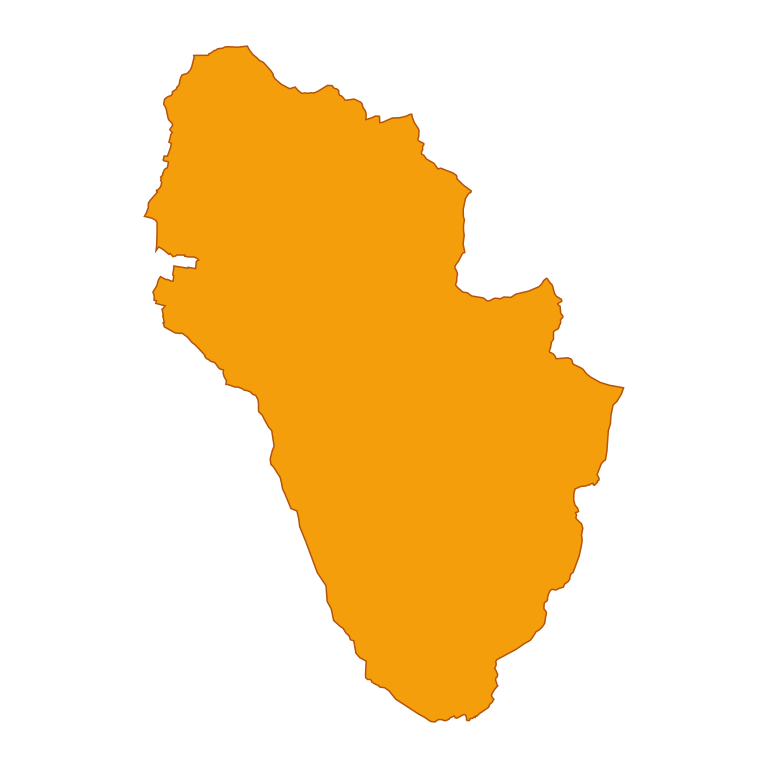 Calinesti, Maramures, Romania (Albers equal-area conic projection)
{"feature_id": "2599482B5531512518944", "entity_name": "Calinesti", "entity_type": "district", "adm_level": 2, "iso_a3": "ROU", "parent_name": "Romania", "parent_adm1": "Maramures", "projection": "albers", "projection_center": [24.007, 47.766], "detail": "fine", "context": "isolated", "style": "filled", "palette": "amber", "viewbox_px": 768, "rotation_deg": 0, "n_neighbors": 0, "source": "geoboundaries", "source_scale": "gbopen_adm2", "svg_char_len": 6070}
<svg xmlns="http://www.w3.org/2000/svg" viewBox="0 0 768 768"><path d="M623.6,387.8L609.1,385.2L599.9,382.3L590.8,377.2L586.5,373.8L583.1,369.4L580.9,367.9L573.6,364.4L572.7,363.4L572.0,360.3L570.9,358.9L567.9,357.8L556.1,358.7L555.0,356.0L553.9,354.6L552.9,353.7L549.7,352.2L549.3,351.2L550.5,348.0L551.4,342.3L553.5,339.1L553.5,331.8L555.4,330.1L557.7,329.2L558.8,327.8L559.2,325.7L560.3,323.7L560.7,322.2L560.5,319.6L562.8,317.4L562.9,316.1L560.7,313.1L560.1,306.3L557.7,304.3L557.7,303.7L558.2,303.3L561.7,301.4L561.5,299.4L556.3,296.3L554.7,293.8L553.4,289.5L552.8,286.5L551.7,284.2L550.6,283.5L547.1,278.5L546.4,278.3L543.6,280.6L541.7,284.0L539.0,286.7L528.6,291.1L515.9,294.1L511.0,297.4L503.9,297.0L500.5,298.7L495.3,298.2L493.7,298.5L490.4,300.4L488.3,301.0L486.9,300.7L484.1,298.4L482.7,297.8L471.8,296.0L467.3,292.8L462.7,292.0L457.9,287.8L455.9,285.6L455.6,284.0L456.6,281.8L456.8,277.0L457.5,274.5L457.2,272.4L454.9,267.8L454.9,266.6L455.9,264.6L458.7,260.9L462.5,253.3L464.8,252.5L463.1,243.8L464.2,235.3L463.6,231.2L463.5,227.2L463.6,224.7L464.4,219.9L463.4,216.6L463.2,209.6L465.5,198.4L468.7,193.4L470.7,192.6L471.3,191.0L463.1,184.9L458.1,180.0L456.9,178.6L456.7,176.1L456.3,175.3L453.0,173.0L440.9,168.2L437.9,168.9L433.8,163.2L426.4,159.0L423.9,155.4L421.7,154.1L421.5,153.5L421.7,151.1L422.4,150.5L422.7,149.6L422.5,146.4L423.6,145.3L423.9,144.0L423.7,143.4L419.6,141.4L418.1,140.1L417.7,139.2L418.7,136.9L419.0,130.6L418.5,129.0L414.3,122.5L412.4,117.6L411.7,114.2L409.8,114.4L406.6,116.0L403.2,117.0L398.7,117.8L392.3,118.0L382.5,122.3L379.7,122.7L379.5,116.5L378.9,116.2L375.3,116.1L371.5,117.9L365.8,119.6L366.2,114.9L365.8,112.1L364.9,110.1L362.9,107.3L362.1,103.9L360.7,102.2L354.2,99.1L345.3,100.3L342.0,96.3L339.3,95.0L338.7,92.3L338.7,90.6L337.0,89.0L334.3,88.4L332.1,85.6L327.5,85.4L318.9,90.7L315.5,92.4L312.5,93.1L310.9,92.7L308.3,93.3L304.7,92.9L302.0,93.5L297.8,90.2L295.1,87.0L291.0,88.4L289.2,88.5L281.3,84.3L275.0,78.8L273.2,75.8L273.2,74.3L271.0,70.9L263.4,62.4L259.2,60.3L256.7,57.6L252.8,54.5L249.4,50.0L247.3,46.1L237.7,47.2L227.3,46.7L225.0,47.0L222.7,48.2L217.9,48.7L215.0,50.7L214.3,50.4L211.4,52.7L208.8,53.9L208.7,54.8L207.6,55.3L193.7,55.4L194.2,57.0L191.7,66.9L190.3,69.9L187.9,72.8L185.9,74.0L184.7,74.0L181.9,75.1L180.8,77.4L179.8,80.6L179.2,84.3L178.4,85.8L176.9,87.2L176.1,89.4L172.4,91.7L172.3,94.1L170.8,95.7L168.2,96.5L165.2,98.5L164.4,99.9L163.7,104.3L165.1,106.5L166.2,109.1L168.0,117.8L168.6,119.6L172.1,123.4L172.5,124.8L172.5,125.6L169.7,129.6L172.3,132.5L170.7,134.7L170.4,136.9L168.9,142.1L171.4,143.4L170.3,148.3L167.4,156.2L164.2,156.0L163.9,156.4L163.7,158.5L163.1,159.9L163.6,160.7L168.4,161.8L167.6,166.7L167.0,168.1L165.6,168.5L164.4,169.6L162.7,173.6L162.5,175.3L160.6,177.1L161.3,178.2L160.7,180.2L161.6,182.2L161.3,184.5L160.4,187.1L158.0,189.8L156.5,190.2L156.6,191.5L157.5,192.0L150.7,199.7L148.6,202.6L148.3,204.1L148.3,207.6L146.3,213.0L144.4,216.4L151.7,218.1L155.3,220.0L157.1,222.4L157.0,234.9L156.6,245.9L156.0,250.7L158.8,246.9L163.5,249.8L169.0,254.4L170.1,253.4L173.0,256.7L175.7,256.0L176.9,255.0L184.7,255.1L184.8,256.3L188.5,256.9L194.1,257.0L197.0,258.3L198.7,260.0L197.0,260.8L196.3,261.8L195.6,268.6L188.1,267.3L188.0,268.2L173.8,266.0L173.9,267.7L172.7,275.0L173.8,276.0L173.4,278.2L173.2,281.0L171.2,281.1L167.7,279.5L165.7,279.5L160.5,276.6L158.5,279.7L156.7,285.9L152.9,292.1L154.2,296.0L154.1,300.3L156.5,300.6L155.8,303.4L165.1,305.8L163.1,308.6L162.0,309.2L163.4,315.5L162.8,315.8L164.3,322.7L163.1,322.8L164.4,326.9L175.1,332.9L180.2,333.5L181.8,333.0L187.6,337.2L191.8,342.3L195.3,345.0L199.7,349.6L204.8,355.2L205.0,355.6L204.7,356.2L206.6,358.7L208.2,359.3L210.8,361.3L214.8,362.6L219.2,368.5L220.7,369.3L223.4,369.8L223.2,373.4L224.1,376.6L226.4,380.7L225.9,384.4L228.0,384.6L234.8,387.0L238.0,387.1L241.8,388.5L244.4,390.2L247.0,390.6L250.3,391.9L252.9,394.4L255.7,395.4L258.0,399.7L258.5,403.8L258.5,409.7L258.8,411.8L262.3,415.2L264.6,419.9L268.8,427.4L271.7,430.5L274.1,446.1L272.2,451.0L270.6,457.1L270.2,459.3L270.9,464.4L273.4,466.8L280.2,477.5L281.6,483.4L282.6,489.0L285.1,494.2L291.0,508.6L296.9,510.9L298.7,518.5L299.7,526.6L305.8,541.6L317.4,572.8L326.0,585.7L327.2,601.5L331.3,609.0L333.6,620.4L340.3,626.5L343.0,628.2L346.0,633.0L349.2,636.0L350.4,639.7L353.8,640.8L355.9,653.1L359.7,657.6L366.2,661.1L365.5,674.4L365.7,677.8L367.7,679.5L369.8,679.4L371.2,680.3L371.8,682.0L375.3,684.2L378.2,685.3L379.7,687.0L384.8,687.8L388.9,690.7L395.8,699.2L418.0,713.7L425.6,717.9L429.8,721.0L431.5,721.6L435.0,721.9L438.3,719.6L442.0,719.6L443.5,720.4L445.7,720.7L448.9,719.3L449.9,718.0L454.1,716.0L454.7,716.5L455.1,717.7L456.9,718.2L463.8,714.5L464.9,714.7L465.8,715.5L466.7,718.6L466.4,719.7L467.4,720.7L469.6,720.4L469.8,719.0L470.8,718.5L472.3,718.4L474.0,717.3L475.2,717.4L475.3,716.2L476.8,716.2L479.3,713.7L488.5,707.4L489.8,704.3L492.3,702.1L493.9,699.2L492.3,697.5L491.5,695.4L491.7,694.4L494.3,689.8L497.8,685.7L497.0,684.9L496.5,682.6L495.7,680.7L495.6,679.0L495.8,678.2L497.2,676.9L497.7,674.6L496.1,670.7L494.6,668.2L495.6,666.6L496.1,665.0L496.2,663.4L495.7,662.1L496.6,659.8L516.3,649.2L524.4,643.6L530.1,640.4L532.4,637.6L536.2,631.6L538.5,630.4L541.3,628.0L543.3,625.6L544.7,623.2L545.5,617.4L546.4,613.7L546.2,612.1L545.6,610.8L544.2,609.5L543.9,607.6L544.2,603.3L545.0,602.1L546.6,601.4L547.6,599.6L547.4,598.3L548.4,594.4L549.5,591.8L550.6,590.1L551.9,589.3L556.0,590.0L559.2,588.3L563.0,587.3L563.5,586.8L564.7,584.0L568.1,581.6L569.8,579.0L569.8,577.4L570.7,574.3L573.2,572.2L579.1,556.2L581.5,545.1L582.2,539.6L581.5,535.0L582.8,528.2L581.5,523.8L577.3,519.9L576.2,518.6L575.9,517.5L576.6,515.2L575.5,512.7L578.6,511.6L577.6,508.2L575.0,505.1L573.7,499.9L573.9,493.0L575.2,488.8L580.7,486.5L586.6,485.8L588.2,484.9L589.6,485.0L590.3,484.0L593.0,483.3L593.4,484.9L594.4,485.3L597.2,482.6L597.6,480.7L598.5,480.7L598.8,480.2L599.2,478.7L597.1,474.6L601.2,464.0L603.0,461.7L605.5,459.7L606.9,451.2L608.3,430.8L610.4,423.8L611.0,415.1L613.1,405.0L617.0,401.3L621.5,393.8L623.6,387.8Z" fill="#f59e0b" stroke="#b45309" stroke-width="1.5"/></svg>